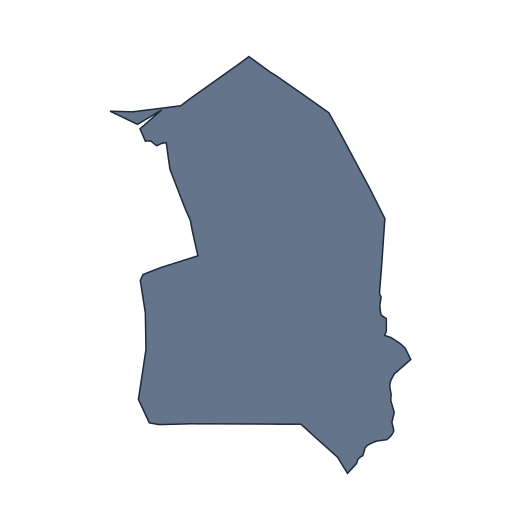 outline of Teotongo, Oaxaca, Mexico, rotated 192°
{"feature_id": "50627088B1366464462035", "entity_name": "Teotongo", "entity_type": "district", "adm_level": 2, "iso_a3": "MEX", "parent_name": "Mexico", "parent_adm1": "Oaxaca", "projection": "albers", "projection_center": [-97.542, 17.746], "detail": "fine", "context": "isolated", "style": "filled", "palette": "slate", "viewbox_px": 512, "rotation_deg": 192, "n_neighbors": 0, "source": "geoboundaries", "source_scale": "gbopen_adm2", "svg_char_len": 1409}
<svg xmlns="http://www.w3.org/2000/svg" viewBox="0 0 512 512"><g transform="rotate(192 256 256)"><path d="M88.4,132.0L94.2,142.8L95.0,148.6L97.1,153.8L98.1,156.4L98.4,159.7L98.1,162.9L96.3,169.3L83.1,186.9L88.3,193.6L90.8,196.8L96.5,200.2L106.9,204.3L113.5,205.1L112.9,209.7L115.5,221.9L121.2,224.1L122.4,226.6L124.7,233.5L124.8,237.0L125.0,241.6L125.3,242.1L127.4,244.9L131.2,273.5L137.0,314.3L137.7,319.4L159.1,346.1L166.9,355.3L198.5,392.9L198.9,393.4L199.1,393.6L211.3,407.6L214.4,411.2L225.1,415.8L239.3,421.9L275.5,437.2L279.8,438.6L304.4,449.6L315.2,437.4L319.9,432.4L352.3,397.2L360.9,387.3L406.6,371.4L428.9,367.3L399.3,360.1L378.7,379.3L382.6,374.2L388.3,366.5L393.7,359.1L395.9,356.3L391.1,349.6L388.1,345.3L386.6,345.9L384.3,346.3L382.3,346.4L379.0,344.6L376.1,343.2L371.9,346.4L367.4,348.2L361.8,332.8L358.2,322.9L335.6,288.3L327.6,277.1L323.2,266.6L312.9,244.1L345.7,225.5L354.3,220.0L355.3,219.3L362.6,214.5L364.1,208.0L352.4,177.3L344.2,141.7L341.2,91.3L325.7,70.6L315.9,70.9L292.0,76.6L291.2,76.8L290.5,77.0L290.2,77.0L283.8,78.6L283.0,78.7L265.0,82.5L252.1,85.2L202.6,95.5L201.6,95.7L201.3,95.7L177.1,100.8L159.6,90.6L134.5,76.2L121.3,62.4L114.5,74.0L114.1,78.3L112.3,80.8L110.0,83.0L109.4,90.8L107.8,93.8L104.1,97.0L99.5,100.1L93.6,102.2L89.8,103.6L87.0,107.3L85.5,110.7L84.9,113.8L86.3,117.1L88.5,121.5L88.3,131.9L88.4,132.0Z" fill="#64748b" stroke="#1e293b" stroke-width="1.5"/></g></svg>